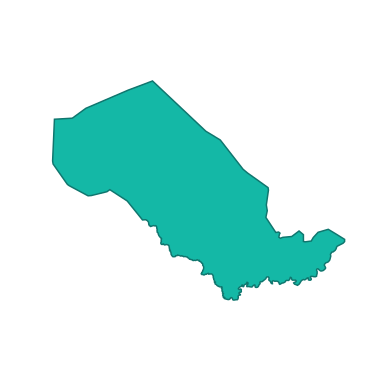 Kala Balge, Borno, Nigeria (Albers equal-area conic projection), rotated 123°
{"feature_id": "59680162B27876975276040", "entity_name": "Kala Balge", "entity_type": "district", "adm_level": 2, "iso_a3": "NGA", "parent_name": "Nigeria", "parent_adm1": "Borno", "projection": "albers", "projection_center": [14.602, 11.905], "detail": "fine", "context": "isolated", "style": "filled", "palette": "teal", "viewbox_px": 384, "rotation_deg": 123, "n_neighbors": 0, "source": "geoboundaries", "source_scale": "gbopen_adm2", "svg_char_len": 5887}
<svg xmlns="http://www.w3.org/2000/svg" viewBox="0 0 384 384"><g transform="rotate(123 192 192)"><path d="M133.5,213.5L120.4,285.6L141.3,301.0L179.6,326.6L195.3,332.6L205.9,347.0L241.9,325.8L244.2,323.7L252.2,303.9L253.5,300.6L253.6,298.4L251.8,277.1L249.8,274.5L238.1,263.5L234.8,262.2L234.8,241.5L242.4,218.3L240.5,215.8L240.4,215.5L240.5,214.9L240.3,214.3L240.8,212.3L241.0,212.0L241.6,211.6L242.0,211.0L242.5,210.8L242.7,210.6L242.9,210.2L242.9,209.8L243.1,209.6L243.4,209.5L243.2,208.5L243.5,208.2L243.4,207.8L242.5,207.2L241.6,206.4L241.3,206.2L240.9,205.6L240.9,205.2L240.7,204.8L240.4,204.4L240.0,204.1L240.0,203.7L240.2,203.2L240.7,202.5L241.1,202.1L241.6,201.8L241.9,201.4L242.0,201.0L242.2,200.8L242.3,200.7L242.8,200.7L243.1,200.6L243.6,199.9L244.4,199.6L244.7,199.2L244.8,198.6L244.8,198.1L245.9,197.1L246.7,195.8L247.2,194.4L247.3,194.1L247.4,193.7L247.6,193.2L247.6,192.9L247.4,192.5L247.5,192.3L248.7,191.7L249.0,191.8L249.4,191.4L250.0,191.1L250.1,190.8L250.3,190.7L251.2,190.6L251.4,190.5L251.9,190.3L252.4,189.6L252.5,189.2L252.4,188.7L251.7,188.0L251.8,187.9L251.7,187.7L251.4,187.4L251.2,187.5L251.2,187.2L251.3,186.8L251.3,186.1L251.1,185.8L250.5,185.4L250.0,184.9L249.4,183.3L249.5,182.9L249.7,182.0L250.0,181.6L250.6,181.2L251.0,180.7L251.6,180.3L252.2,179.5L252.4,179.3L252.9,179.3L253.0,178.9L252.8,178.5L252.8,178.4L253.1,178.2L253.6,178.1L253.8,177.7L253.9,177.0L255.8,175.4L256.4,174.0L256.7,173.1L256.6,172.6L256.3,172.2L256.0,171.7L255.7,171.4L255.4,171.0L255.3,170.9L254.8,170.9L254.4,171.0L254.2,170.8L253.6,169.9L252.8,169.8L251.9,167.1L251.8,166.3L251.1,166.0L251.0,165.8L250.9,165.6L250.9,164.7L250.7,164.3L250.8,163.8L249.9,162.7L249.6,162.0L249.5,161.4L249.1,160.5L249.2,160.2L249.4,159.8L249.3,158.7L249.7,157.5L249.5,157.0L249.2,156.4L249.2,155.7L248.7,155.0L248.7,154.8L248.9,154.2L248.9,153.8L248.7,153.5L248.0,152.9L247.8,152.4L247.6,151.9L247.3,151.5L246.3,150.9L246.0,150.8L245.9,150.5L246.0,149.8L246.0,149.5L245.7,149.2L245.4,148.8L245.7,148.5L246.0,148.4L246.1,148.0L245.8,147.6L245.7,146.7L246.1,146.0L246.0,145.4L246.4,144.9L246.3,144.1L247.0,143.5L247.5,143.2L247.9,142.3L248.5,141.4L248.9,141.1L249.6,140.8L250.3,140.3L250.8,140.3L251.3,140.2L251.8,140.3L252.6,139.9L253.6,139.8L254.2,140.0L255.0,139.7L255.4,139.7L255.6,139.7L255.8,138.6L255.2,137.9L255.2,137.1L254.7,136.4L253.6,136.0L253.2,135.2L252.2,134.8L251.4,134.1L251.3,133.9L251.4,133.7L251.8,133.3L251.8,133.2L251.7,133.0L251.1,132.6L250.6,131.7L250.2,131.3L250.0,130.8L250.1,130.1L250.3,129.7L250.3,129.3L250.6,128.8L250.8,128.7L251.0,128.3L251.6,128.0L252.2,127.5L252.5,127.2L252.7,126.7L253.4,126.2L254.1,125.0L254.4,124.7L255.2,124.2L255.5,123.9L255.5,123.7L255.4,123.6L255.1,123.5L254.8,123.4L254.8,123.2L255.7,123.0L256.4,122.7L256.5,122.5L256.4,121.1L256.7,120.3L256.8,119.5L256.7,118.6L256.4,118.3L256.6,117.9L256.6,117.5L256.0,116.3L255.6,116.0L255.3,115.4L255.7,114.8L256.2,114.9L256.6,114.9L256.7,114.4L257.0,114.0L257.0,113.7L257.6,113.7L257.9,113.3L258.7,113.0L258.7,112.4L259.0,111.8L260.1,111.4L260.1,111.0L260.2,110.6L260.2,110.3L260.6,110.3L260.9,110.4L261.2,110.3L261.6,109.9L262.3,109.7L262.2,109.1L262.6,108.5L263.2,108.4L263.4,107.8L262.9,107.5L262.7,107.1L262.9,106.7L263.6,106.5L263.4,105.7L262.7,103.5L262.2,102.6L261.7,102.2L260.9,101.9L260.1,102.0L259.4,101.8L259.1,101.4L259.0,101.0L259.5,99.9L259.9,99.4L260.1,99.2L260.1,98.8L260.0,98.3L259.1,97.1L258.5,96.7L258.0,95.8L257.6,95.3L256.9,95.2L255.5,95.6L255.0,95.9L254.4,96.6L253.6,96.6L252.8,96.3L252.2,95.5L251.9,95.4L251.6,95.7L251.5,96.1L251.6,96.6L251.5,97.2L250.9,97.6L250.2,97.5L249.6,96.6L249.2,96.4L248.9,96.3L248.3,96.6L247.8,97.1L247.0,97.5L246.9,97.9L246.8,98.3L247.2,98.6L247.7,98.9L248.1,99.3L248.1,99.7L248.1,100.2L247.8,100.5L247.3,100.5L246.4,100.4L245.6,100.2L244.1,99.2L242.9,99.4L242.6,99.1L242.8,98.6L243.3,98.4L243.6,97.9L243.6,97.5L243.0,97.2L241.8,97.6L240.9,97.4L240.4,97.0L239.6,96.6L239.2,96.5L237.8,96.7L237.7,96.5L237.6,96.1L237.7,95.6L238.1,95.3L238.8,95.0L239.3,95.0L240.0,95.2L240.7,95.0L241.2,94.8L241.4,94.4L241.2,94.0L240.6,93.3L239.5,90.8L239.0,90.0L238.4,89.8L237.4,89.8L236.1,89.2L235.8,88.7L235.9,88.3L237.0,87.6L237.2,87.3L237.3,86.8L237.1,86.2L236.3,85.3L235.5,85.0L234.9,84.9L233.9,85.2L232.2,85.0L231.4,85.2L231.2,85.6L230.6,85.8L230.2,85.8L229.7,85.5L229.5,84.9L229.0,84.4L228.0,84.0L224.6,82.9L223.0,83.1L222.4,82.8L221.7,82.0L221.8,81.1L222.1,80.6L223.7,79.8L224.2,79.2L224.2,77.8L225.3,76.1L225.4,75.1L225.1,74.6L224.6,74.9L224.1,75.7L223.1,76.0L222.2,75.6L221.7,73.8L220.7,72.6L220.2,71.1L220.6,69.8L221.5,68.8L221.6,68.1L220.9,67.6L219.5,67.0L218.5,65.9L217.5,65.3L216.6,64.9L215.3,65.0L214.6,64.5L213.6,62.9L212.3,62.4L211.4,62.7L210.0,63.0L209.8,62.4L210.0,61.7L210.8,61.0L211.3,59.9L209.5,57.1L209.9,56.1L210.8,56.0L211.6,56.5L212.1,57.0L212.9,57.2L213.2,56.5L213.4,55.7L213.2,55.0L212.8,52.7L211.1,52.0L209.9,51.9L207.1,52.0L205.6,51.5L204.7,50.9L204.4,49.8L203.5,49.1L201.8,48.7L200.8,48.0L200.9,47.3L201.6,47.2L202.2,46.6L202.2,45.9L201.6,44.8L200.6,44.3L200.0,44.6L199.0,46.3L198.7,46.5L198.4,46.5L198.1,46.4L197.4,45.4L196.8,44.3L196.8,43.9L196.0,42.5L195.1,41.8L194.6,41.7L193.9,42.2L192.7,42.5L192.0,42.8L190.4,43.9L189.9,44.8L189.5,45.1L188.8,45.3L188.4,45.1L187.9,44.7L187.8,44.2L187.9,43.5L188.1,42.7L188.2,41.3L187.8,40.5L186.7,39.4L185.9,39.0L184.2,38.5L183.1,38.5L182.6,38.9L181.3,41.2L180.3,41.5L178.5,41.2L177.5,40.4L176.4,39.7L174.3,39.4L173.1,39.7L170.2,40.7L168.8,42.0L166.4,42.0L165.3,41.0L163.0,40.2L161.2,40.2L159.6,40.7L158.4,40.7L152.7,37.4L150.5,37.0L148.6,38.2L148.8,48.4L149.1,57.4L157.1,64.3L164.1,65.5L168.2,65.3L172.2,70.0L172.8,71.6L167.1,75.3L166.4,81.0L175.0,84.1L180.6,91.2L182.7,92.7L182.6,94.6L180.0,95.6L178.6,95.8L178.4,97.5L180.3,99.7L173.1,116.2L166.7,118.7L162.4,122.6L148.8,128.9L146.9,130.6L145.8,156.0L145.1,161.6L133.0,196.6L133.5,213.5Z" fill="#14b8a6" stroke="#0f766e" stroke-width="1.5"/></g></svg>